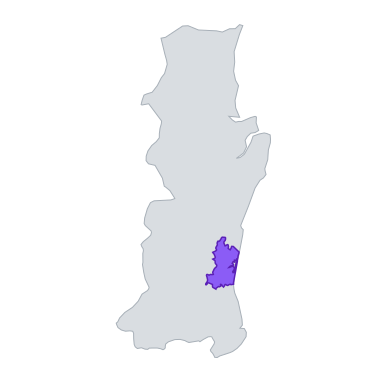 Aveiro on a map of Portugal (orthographic projection), rotated 178°
{"feature_id": "PRT-739", "entity_name": "Aveiro", "entity_type": "District", "adm_level": 1, "iso_a3": "PRT", "parent_name": "Portugal", "parent_adm1": "", "projection": "orthographic", "projection_center": [-8.444, 40.685], "detail": "fine", "context": "in_parent", "style": "filled", "palette": "violet", "viewbox_px": 384, "rotation_deg": 178, "n_neighbors": 0, "source": "natural_earth", "source_scale": "10m", "svg_char_len": 4776}
<svg xmlns="http://www.w3.org/2000/svg" viewBox="0 0 384 384"><g transform="rotate(178 192 192)"><path d="M148.0,38.4L152.5,34.1L157.0,31.2L159.5,30.2L169.9,27.2L172.6,25.7L175.1,26.0L175.6,27.4L177.0,30.1L178.7,32.0L179.2,33.5L175.2,39.4L174.6,41.4L176.7,45.2L177.1,46.3L178.1,46.8L180.9,46.7L185.9,44.2L189.3,42.1L190.5,43.0L200.3,41.7L202.6,42.7L204.2,43.7L209.0,45.1L214.3,45.1L220.8,43.1L223.6,41.0L224.1,38.8L224.2,37.1L225.1,36.1L226.5,35.4L228.9,36.5L232.2,37.3L240.1,37.5L241.7,36.3L244.4,36.6L248.0,38.1L252.1,37.5L254.2,39.3L255.1,41.8L255.4,47.3L255.3,52.9L256.1,54.9L258.9,55.4L263.4,55.2L267.5,56.6L270.7,59.1L271.8,61.8L272.3,63.6L270.8,64.7L268.7,68.7L263.3,74.0L255.5,78.8L249.6,84.7L245.5,91.7L240.3,94.8L238.8,96.4L238.2,98.3L241.8,106.7L243.0,113.2L244.0,121.2L243.5,123.5L243.3,132.3L242.6,134.9L242.8,137.0L244.1,139.2L244.8,141.3L242.4,144.1L238.0,147.4L234.8,150.2L233.9,152.9L234.2,154.5L239.8,160.0L240.9,162.2L240.2,167.7L237.2,176.8L234.2,182.3L233.7,182.9L230.2,184.5L213.4,184.8L209.4,186.0L209.9,187.1L214.0,194.1L218.1,197.8L219.5,198.7L221.1,206.9L228.0,219.9L234.5,221.7L236.8,224.9L236.5,229.5L234.6,234.6L230.6,239.9L225.9,243.6L222.8,247.3L222.6,251.5L221.7,256.8L220.3,261.1L219.9,264.0L232.2,281.7L238.9,280.7L239.8,281.1L238.6,285.4L236.6,290.5L234.1,291.5L228.3,293.1L222.9,299.6L218.6,307.4L215.3,311.3L212.3,320.5L212.8,324.5L214.3,330.7L217.6,346.8L213.1,347.5L195.6,358.2L190.1,358.3L179.9,353.7L161.9,352.2L156.1,350.8L148.8,353.8L143.1,353.7L138.6,357.6L135.4,356.5L139.1,347.9L145.0,330.8L144.8,320.3L146.2,311.2L144.6,302.2L141.8,296.6L145.8,282.0L145.4,274.5L141.8,265.0L152.6,266.4L149.3,262.7L146.0,260.3L142.8,260.9L140.1,260.7L130.9,264.3L126.3,265.4L125.0,264.7L125.5,258.9L123.2,251.2L126.9,249.2L131.2,248.7L134.8,245.5L137.1,241.8L135.9,235.3L139.1,229.2L146.5,224.1L142.7,224.8L138.3,228.0L131.3,239.7L129.0,245.7L123.1,247.6L117.8,248.5L115.1,247.8L111.9,246.3L111.7,241.9L112.0,238.4L114.2,231.4L115.2,221.6L118.4,212.8L118.2,210.5L117.4,207.0L120.1,203.6L123.6,201.4L128.8,193.8L136.1,175.9L144.5,156.8L143.8,154.4L142.1,152.6L142.8,147.5L147.9,125.0L149.9,122.1L152.2,115.5L152.8,104.9L153.7,97.6L153.5,93.9L152.8,89.5L149.7,81.0L146.5,63.1L146.3,57.2L148.9,54.2L144.5,53.7L142.6,49.9L143.0,45.5L148.0,38.4Z" fill="#d9dde1" stroke="#a8b0b8" stroke-width="1"/><path d="M147.1,130.4L147.2,129.5L148.2,126.5L148.8,122.8L149.0,122.5L149.2,122.4L149.3,123.7L149.2,124.2L150.2,122.5L150.9,121.9L151.6,122.4L151.9,122.4L151.9,122.0L151.8,121.8L151.6,121.4L151.5,121.0L151.6,120.6L152.1,120.4L152.4,120.5L152.6,120.9L152.8,121.1L153.3,120.9L153.7,120.4L154.3,119.3L153.5,118.8L153.1,118.1L153.2,117.4L154.2,117.1L155.3,116.9L156.2,116.6L156.9,116.1L157.7,115.3L156.9,115.4L155.6,116.0L154.6,116.2L154.4,116.3L154.1,116.4L153.0,115.8L152.6,115.3L152.3,113.5L154.1,110.9L153.7,109.5L153.6,110.6L153.3,111.5L152.9,111.7L152.7,110.9L152.0,112.2L151.4,113.9L151.1,115.7L151.0,117.3L150.7,118.3L150.2,119.8L149.5,121.2L148.9,122.0L153.7,99.9L153.7,98.4L154.2,98.3L156.3,98.0L157.1,98.5L158.7,97.9L159.4,97.4L160.0,97.4L160.4,97.6L160.9,98.0L161.6,98.4L162.1,98.4L162.4,98.1L162.7,97.2L163.0,96.9L163.8,95.9L164.8,96.9L165.1,97.3L165.4,98.0L166.3,98.7L166.7,98.7L166.8,98.4L166.8,98.0L166.6,97.7L166.5,97.3L166.6,96.9L167.8,96.3L168.8,96.6L171.2,95.0L171.3,94.8L171.5,94.1L174.5,96.0L174.7,96.4L174.8,97.0L174.8,97.5L174.8,98.9L178.5,100.6L179.0,100.6L179.7,100.5L180.0,99.7L180.3,99.3L180.9,98.8L181.3,98.8L181.5,99.0L181.5,99.3L181.5,99.5L181.4,99.9L179.8,102.1L179.6,102.9L179.5,103.6L179.5,104.0L179.7,104.9L180.0,106.6L180.4,107.8L180.4,108.5L180.1,109.0L179.7,109.1L179.3,109.0L178.9,108.9L178.5,108.6L178.1,108.4L177.5,108.4L176.6,108.9L176.0,109.0L175.5,108.9L175.1,108.7L173.6,108.9L174.1,110.9L174.1,111.2L173.6,112.0L172.6,114.1L171.5,115.4L170.3,116.3L169.9,117.2L169.8,117.4L169.9,117.7L169.9,118.2L170.2,118.6L170.8,119.3L171.1,119.8L171.3,120.3L171.3,122.1L171.7,123.0L171.9,123.1L172.8,123.5L173.6,124.2L171.6,125.0L171.3,125.3L171.0,125.8L171.0,126.3L171.6,127.7L171.9,128.8L172.2,129.3L172.5,129.6L172.8,130.0L173.4,131.0L170.7,132.1L169.6,132.9L169.5,133.3L169.6,133.7L170.1,134.6L170.1,135.5L169.9,136.0L168.5,138.2L168.7,140.2L168.2,140.7L168.3,141.2L167.7,142.0L166.6,141.9L166.2,142.0L165.8,142.5L165.5,143.0L164.4,144.5L164.2,145.1L163.7,145.5L163.4,145.8L160.5,145.5L160.1,145.1L160.1,144.7L160.1,144.1L160.2,143.4L160.6,142.4L160.9,142.0L161.2,141.8L161.3,141.7L161.5,141.5L161.6,141.3L161.9,140.3L161.9,139.9L161.8,139.5L161.3,138.4L161.0,137.1L160.4,137.1L159.7,137.5L158.9,138.0L158.4,138.2L158.0,138.1L157.7,137.6L157.5,136.5L157.5,135.8L157.8,134.3L155.9,132.9L154.8,134.6L154.6,135.6L154.2,136.3L152.6,136.1L147.2,130.5L147.1,130.4Z" fill="#8b5cf6" stroke="#5b21b6" stroke-width="1.5"/></g></svg>